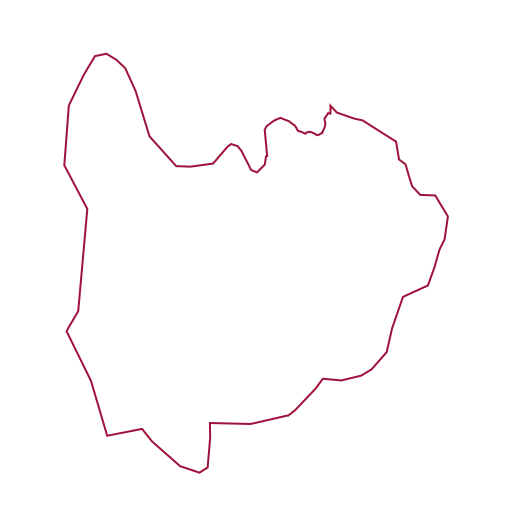 Ijebu North East, Ogun, Nigeria, rotated 176°
{"feature_id": "59680162B36139632039116", "entity_name": "Ijebu North East", "entity_type": "district", "adm_level": 2, "iso_a3": "NGA", "parent_name": "Nigeria", "parent_adm1": "Ogun", "projection": "equal_earth", "projection_center": [3.998, 6.879], "detail": "fine", "context": "isolated", "style": "outline", "palette": "rose", "viewbox_px": 512, "rotation_deg": 176, "n_neighbors": 0, "source": "geoboundaries", "source_scale": "gbopen_adm2", "svg_char_len": 1741}
<svg xmlns="http://www.w3.org/2000/svg" viewBox="0 0 512 512"><g transform="rotate(176 256 256)"><path d="M450.2,194.1L429.3,142.9L417.0,87.1L381.7,91.5L372.7,78.3L346.3,51.6L327.5,43.8L319.0,48.4L314.4,78.0L313.6,92.6L273.1,88.8L235.5,94.7L235.1,94.5L227.8,99.4L205.8,119.6L197.9,128.9L179.5,125.9L159.5,129.3L148.6,134.9L132.4,150.9L125.3,174.3L112.2,205.0L86.6,214.6L78.9,231.9L72.5,249.6L66.7,259.5L61.8,282.1L73.0,303.9L87.9,305.5L95.4,314.7L98.1,326.1L100.4,337.0L106.6,342.3L108.3,360.3L140.3,383.9L148.7,386.3L165.4,393.5L171.2,400.7L171.3,398.6L171.5,396.6L171.7,394.2L171.9,392.8L173.4,393.2L173.9,393.5L174.0,393.6L174.2,393.3L174.5,392.8L175.0,392.1L175.5,391.6L175.8,391.2L176.1,390.8L176.3,390.5L176.5,390.1L177.1,389.6L177.6,389.0L178.1,388.5L178.1,388.0L178.1,387.2L178.0,386.5L177.8,385.6L177.8,384.8L177.7,384.0L177.7,383.3L177.8,382.4L177.9,381.7L177.9,381.1L178.1,380.6L178.6,379.8L179.0,378.7L179.5,377.7L180.1,376.7L180.6,375.8L181.1,375.2L181.3,374.9L181.3,374.5L181.2,374.2L183.2,373.4L184.3,372.8L185.5,372.4L186.0,372.2L187.0,372.4L187.9,373.2L189.1,374.0L189.4,374.2L190.5,374.8L191.9,375.5L193.2,375.8L194.4,376.2L195.3,376.1L196.6,375.8L197.3,375.2L198.0,374.5L198.8,374.9L201.0,376.1L202.4,376.9L204.8,377.5L205.7,378.4L206.8,380.9L207.8,382.9L208.7,383.9L209.8,384.7L211.7,386.3L213.5,388.0L222.1,392.1L228.4,389.9L236.2,384.9L238.5,381.5L237.9,354.9L239.1,354.6L240.8,346.6L249.2,339.3L254.8,342.1L263.2,361.9L266.7,366.9L273.0,369.4L276.6,367.2L292.4,351.2L315.2,349.7L329.3,351.2L353.9,382.8L364.6,429.0L373.4,452.6L381.8,461.6L391.1,468.2L402.7,466.6L415.0,449.0L432.2,419.2L440.9,359.9L421.0,314.7L437.2,213.4L443.0,204.9L447.3,198.8L450.2,194.1Z" fill="none" stroke="#9f1239" stroke-width="2"/></g></svg>